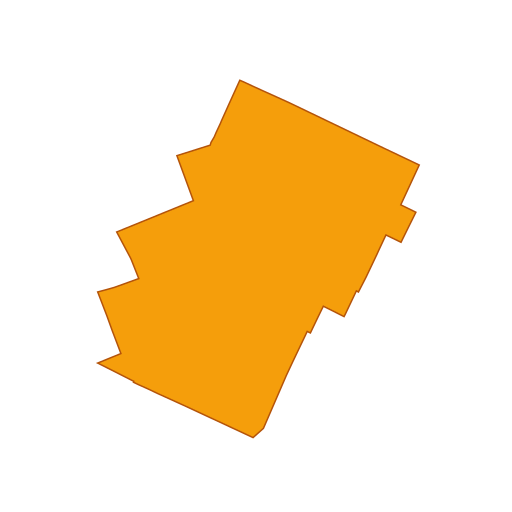 Maipú, Buenos Aires, Argentina (Mercator projection), rotated 163°
{"feature_id": "61730980B20857642636660", "entity_name": "Maipú", "entity_type": "district", "adm_level": 2, "iso_a3": "ARG", "parent_name": "Argentina", "parent_adm1": "Buenos Aires", "projection": "mercator", "projection_center": [-57.539, -36.886], "detail": "fine", "context": "isolated", "style": "filled", "palette": "amber", "viewbox_px": 512, "rotation_deg": 163, "n_neighbors": 0, "source": "geoboundaries", "source_scale": "gbopen_adm2", "svg_char_len": 935}
<svg xmlns="http://www.w3.org/2000/svg" viewBox="0 0 512 512"><g transform="rotate(163 256 256)"><path d="M438.7,199.9L416.9,179.0L410.9,173.2L409.5,171.9L410.1,171.1L406.1,167.4L398.3,160.6L390.1,153.1L371.5,136.7L369.8,135.2L311.9,83.2L299.3,89.0L262.0,132.8L251.8,144.1L239.7,157.3L232.8,164.8L229.1,168.9L226.5,166.5L214.9,179.1L206.3,188.3L189.5,172.3L187.3,174.6L170.2,193.3L168.6,191.6L157.1,203.4L139.9,222.2L136.1,226.5L125.6,238.1L113.3,226.7L102.6,238.1L90.3,251.1L102.6,262.6L73.3,295.3L102.5,322.0L179.0,392.5L201.7,412.5L209.6,419.5L216.8,426.0L220.1,428.8L237.6,409.0L243.1,402.7L249.5,395.4L251.3,393.2L258.0,385.8L261.1,382.1L265.8,377.8L267.4,375.4L302.3,375.1L299.7,327.2L382.2,319.7L376.6,290.9L376.3,288.6L374.7,268.7L400.7,267.4L405.8,267.5L409.9,267.6L417.9,267.9L416.1,242.5L415.7,234.5L415.3,226.4L414.3,211.4L413.7,202.2L425.7,201.1L438.7,199.9Z" fill="#f59e0b" stroke="#b45309" stroke-width="1.5"/></g></svg>